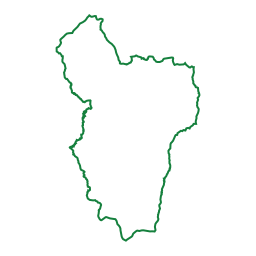 Silos, Norte de Santander, Colombia
{"feature_id": "7082276B89069958186341", "entity_name": "Silos", "entity_type": "district", "adm_level": 2, "iso_a3": "COL", "parent_name": "Colombia", "parent_adm1": "Norte de Santander", "projection": "robinson", "projection_center": [-72.792, 7.177], "detail": "fine", "context": "isolated", "style": "outline", "palette": "green", "viewbox_px": 256, "rotation_deg": 0, "n_neighbors": 0, "source": "geoboundaries", "source_scale": "gbopen_adm2", "svg_char_len": 5664}
<svg xmlns="http://www.w3.org/2000/svg" viewBox="0 0 256 256"><path d="M154.6,231.5L155.5,230.1L154.9,226.9L155.4,224.0L156.4,222.4L157.5,221.3L157.7,220.7L158.1,220.2L158.4,219.0L157.8,217.0L158.1,215.7L158.0,214.7L158.5,213.8L158.5,213.0L158.9,212.3L159.1,210.7L160.0,208.6L159.3,206.0L159.3,205.0L160.6,203.3L160.9,202.5L160.8,201.3L160.4,199.6L160.9,196.1L161.2,195.0L161.7,194.6L161.4,193.0L162.0,192.7L162.0,192.3L161.6,191.4L162.1,190.7L161.9,189.2L163.9,184.8L164.0,183.2L164.3,182.5L164.1,181.7L164.5,181.5L164.4,180.7L163.9,180.2L164.3,179.4L163.9,178.5L164.8,178.3L165.0,177.5L166.1,176.4L166.8,174.8L166.9,174.2L167.5,173.7L168.3,171.5L168.7,170.9L169.5,170.5L169.4,169.2L170.0,168.8L169.8,168.0L170.2,167.6L170.3,165.7L170.0,164.2L169.5,163.5L169.4,161.0L169.7,160.4L169.2,158.7L169.4,156.6L169.2,155.3L169.4,154.4L168.7,153.5L168.4,150.9L169.1,149.7L170.3,148.5L170.5,144.2L171.0,143.0L172.0,142.1L172.5,141.3L173.0,140.9L175.4,135.4L175.9,135.0L177.2,134.9L177.5,133.2L180.9,130.8L182.4,131.1L183.2,130.2L183.9,130.0L184.7,130.4L185.4,130.5L186.4,128.3L188.2,127.9L189.6,128.5L190.4,126.9L192.8,125.3L193.6,123.9L196.1,123.9L195.7,122.0L195.9,120.5L196.5,118.3L196.4,116.4L198.0,113.0L198.5,111.0L198.7,109.1L198.3,108.2L197.5,107.2L197.4,106.4L197.0,105.7L197.3,103.9L197.0,102.7L198.1,99.8L197.6,98.0L198.9,96.4L199.4,95.2L199.3,94.0L198.6,93.3L198.9,92.6L198.3,91.4L198.0,87.9L196.9,87.3L196.1,87.3L195.7,87.0L195.4,86.5L195.4,85.7L194.6,85.2L194.4,84.7L193.3,83.4L193.3,81.4L192.6,79.2L192.7,78.3L192.3,77.3L192.6,76.2L193.1,75.7L193.1,75.0L193.9,72.4L193.5,69.1L193.8,67.2L193.0,67.2L192.1,66.5L191.7,66.4L190.2,67.5L189.3,67.4L186.1,64.7L185.1,63.1L184.3,64.0L183.6,64.4L179.4,64.7L177.1,64.1L174.6,64.9L174.1,64.3L173.1,61.9L172.8,60.4L173.2,58.5L172.9,57.7L171.8,57.5L164.1,58.7L163.3,59.3L162.4,60.9L159.8,62.0L157.5,62.0L156.2,61.7L155.0,60.2L154.0,59.5L153.6,57.9L152.7,56.7L149.8,56.4L148.6,56.7L147.9,58.7L147.6,58.6L147.1,59.8L146.2,60.0L143.8,59.1L143.6,58.8L143.8,58.4L143.6,58.1L143.0,58.1L141.6,58.7L141.3,57.5L141.0,57.3L137.7,56.4L136.4,55.5L136.0,55.5L134.8,56.3L131.1,56.8L131.6,57.6L131.9,60.7L131.2,61.4L130.9,62.4L130.5,62.7L129.4,62.8L129.2,63.2L128.1,63.8L127.3,64.1L126.3,64.1L126.3,64.4L123.1,63.6L121.6,63.8L120.2,63.6L119.9,63.3L119.9,61.7L118.6,59.9L118.2,57.4L116.8,54.4L116.1,52.4L115.6,50.0L114.6,47.5L114.0,46.5L111.8,44.0L109.4,42.3L106.8,39.7L106.3,38.3L105.3,37.0L104.9,36.0L104.8,34.9L104.0,33.4L103.0,32.5L101.6,30.3L100.5,29.6L100.7,28.6L100.5,27.7L100.5,25.9L100.9,24.5L100.7,23.4L101.6,22.0L102.4,21.3L102.7,19.9L102.6,19.3L101.5,18.8L100.1,18.8L98.7,19.6L97.3,19.6L96.7,19.0L96.0,17.1L95.9,16.2L94.9,16.0L91.9,16.8L91.2,16.7L89.3,15.4L88.7,16.2L87.4,17.4L86.2,19.3L85.0,20.7L82.8,22.2L79.9,23.6L77.5,26.9L73.5,30.7L72.3,33.0L68.9,33.2L66.9,33.6L65.3,34.9L63.7,36.6L61.3,38.7L60.4,39.6L60.3,40.1L60.6,41.6L61.0,42.4L60.8,43.6L59.2,46.2L58.2,47.0L57.0,47.4L56.6,47.9L56.7,51.5L58.4,52.6L58.9,53.4L60.0,53.2L61.4,55.0L61.8,56.2L62.8,56.3L62.7,58.7L62.4,59.7L62.4,61.5L62.7,62.2L64.6,64.2L65.6,68.6L65.0,69.4L64.9,70.6L64.0,72.8L64.3,73.7L64.3,74.8L64.5,75.1L64.7,77.2L65.2,78.0L66.2,79.0L67.1,78.9L69.6,82.4L70.6,82.7L70.9,83.7L71.3,83.7L71.4,83.9L71.2,84.2L71.5,84.7L71.4,85.2L71.2,85.6L71.0,85.3L70.5,86.1L70.4,87.5L70.5,87.9L71.1,88.2L71.4,89.6L71.9,90.4L71.9,92.3L72.4,92.9L73.7,93.0L73.8,93.6L74.5,93.3L74.8,94.1L75.4,94.0L75.6,94.2L75.8,95.0L77.1,95.2L77.7,96.3L78.4,96.6L78.6,97.4L79.5,97.7L80.1,98.8L81.1,99.1L81.6,100.3L82.3,100.7L83.2,102.0L84.3,101.8L84.8,102.2L86.4,100.9L88.2,100.5L90.3,100.4L90.6,100.9L90.3,101.6L90.4,103.1L90.1,104.1L90.7,105.6L90.8,106.6L91.5,107.5L91.5,108.0L90.7,108.9L88.5,108.1L87.8,109.1L86.6,109.3L86.1,110.2L86.3,111.5L86.1,112.0L85.7,112.4L85.2,111.5L84.5,111.2L84.2,111.4L83.8,111.8L83.8,112.9L83.1,113.8L83.5,114.5L84.3,114.1L84.3,115.0L85.1,116.1L84.8,116.3L83.7,115.9L83.3,116.0L83.1,117.1L83.9,116.8L84.1,117.0L83.9,117.5L83.6,118.0L82.8,117.6L82.6,117.8L82.6,119.0L83.0,121.0L83.2,121.4L83.7,121.5L83.8,121.9L82.7,122.8L83.0,124.0L83.0,125.2L82.5,125.4L82.4,125.9L83.6,129.7L83.2,130.1L83.7,130.8L83.7,131.0L83.3,131.2L83.2,133.2L82.1,134.7L81.2,134.7L81.3,136.0L81.8,137.5L81.7,138.1L80.7,138.9L80.6,138.3L80.2,138.2L78.8,140.0L77.5,140.2L76.9,140.0L76.9,140.6L76.5,140.6L75.6,142.0L75.5,142.7L75.9,143.2L75.5,143.4L75.2,144.1L74.7,144.0L74.3,145.0L74.2,144.6L73.6,145.5L72.9,145.7L73.1,146.4L72.6,147.0L71.3,146.6L70.2,147.0L69.8,147.4L70.2,148.1L71.4,148.8L72.8,150.2L73.3,151.0L73.0,152.3L73.7,153.5L73.3,153.9L73.2,154.5L74.4,155.1L74.9,156.1L77.2,157.7L77.6,158.3L77.8,159.9L78.4,161.1L78.4,162.7L79.1,163.5L80.0,165.6L80.5,168.6L81.1,169.8L83.8,171.1L84.5,171.9L83.6,172.8L83.5,173.3L83.5,173.7L84.4,174.7L84.5,175.2L83.6,176.0L83.6,176.5L84.1,177.0L85.3,177.4L85.7,177.8L86.0,178.9L86.6,179.2L87.1,179.8L87.1,180.4L87.5,180.9L87.6,181.5L87.3,182.1L87.7,183.5L87.4,185.0L87.8,185.7L87.8,186.7L88.2,186.9L89.6,187.2L89.9,187.7L90.0,189.9L89.1,190.7L88.7,190.9L88.2,190.5L87.8,192.1L87.3,192.3L87.5,193.1L86.8,195.4L87.8,198.5L89.7,199.9L93.1,200.4L95.3,200.2L95.9,201.0L97.4,201.5L97.8,202.5L99.7,202.9L100.9,204.2L101.1,205.0L100.5,206.8L100.3,208.0L99.7,209.3L99.0,209.7L98.7,210.3L99.0,211.0L98.7,212.2L98.8,212.7L98.2,215.7L98.4,216.8L99.8,219.3L100.7,220.1L101.5,220.2L105.6,217.2L106.4,217.1L110.0,218.4L115.4,219.2L116.5,220.8L117.5,224.3L118.8,225.5L120.0,227.3L120.4,228.5L120.5,230.3L121.7,236.6L122.5,238.3L123.2,239.2L125.9,240.6L127.2,239.5L131.6,236.7L132.3,235.9L133.2,233.7L133.6,233.3L136.0,231.3L137.2,230.6L139.4,231.0L141.6,230.4L143.4,230.3L149.9,231.4L152.7,231.3L154.6,231.5Z" fill="none" stroke="#15803d" stroke-width="2"/></svg>